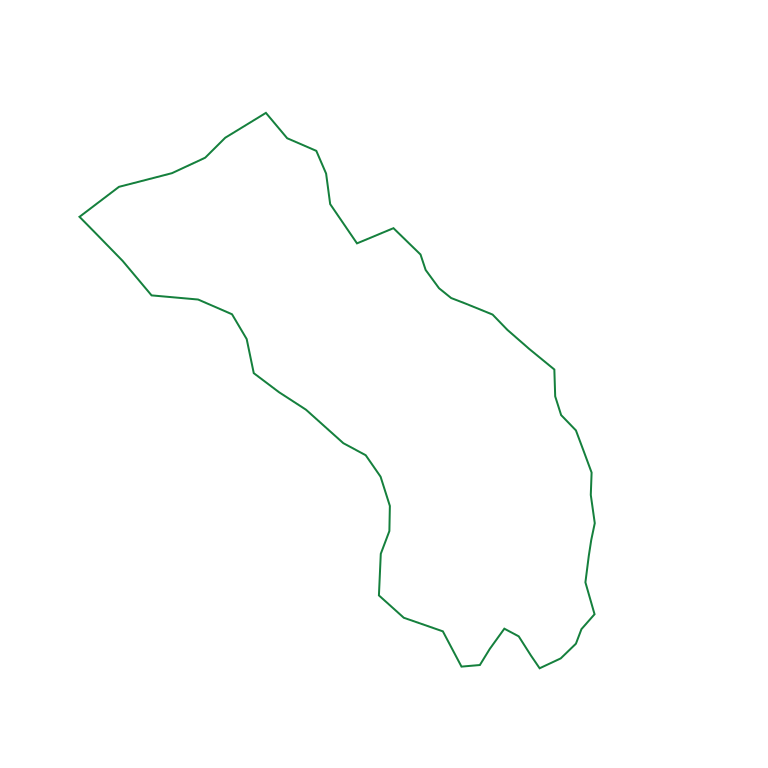 Agios Theodoros Soleas, Nicosia, Cyprus, rotated 140°
{"feature_id": "46923920B26695938470022", "entity_name": "Agios Theodoros Soleas", "entity_type": "district", "adm_level": 2, "iso_a3": "CYP", "parent_name": "Cyprus", "parent_adm1": "Nicosia", "projection": "orthographic", "projection_center": [32.933, 35.027], "detail": "fine", "context": "isolated", "style": "outline", "palette": "green", "viewbox_px": 768, "rotation_deg": 140, "n_neighbors": 0, "source": "geoboundaries", "source_scale": "gbopen_adm2", "svg_char_len": 891}
<svg xmlns="http://www.w3.org/2000/svg" viewBox="0 0 768 768"><g transform="rotate(140 384 384)"><path d="M425.0,60.2L403.9,61.7L390.3,69.3L370.7,72.3L357.2,102.6L337.6,120.7L325.5,131.3L312.0,141.9L296.9,166.1L281.9,182.7L274.3,203.9L266.8,225.1L268.3,246.3L260.8,264.5L244.2,285.6L250.2,317.4L254.7,346.2L256.2,367.4L269.8,393.1L277.3,406.7L280.3,421.9L278.8,444.6L272.8,459.7L276.6,497.3L314.3,509.1L309.6,556.4L293.1,582.4L286.0,606.1L300.2,634.5L300.2,667.6L347.3,674.7L375.5,672.3L410.9,681.8L460.3,705.4L509.8,707.8L508.0,685.2L505.1,646.3L505.1,601.3L472.1,568.2L455.6,535.1L460.3,506.7L476.8,476.0L469.7,445.2L460.3,414.5L453.2,364.8L443.8,341.2L446.2,315.2L457.9,286.8L474.4,267.9L495.6,256.0L523.8,225.3L519.1,192.2L497.9,156.7L506.3,117.7L491.2,107.1L473.2,113.1L449.1,119.2L443.0,104.1L446.0,81.4L447.5,66.2L425.0,60.2Z" fill="none" stroke="#15803d" stroke-width="2"/></g></svg>